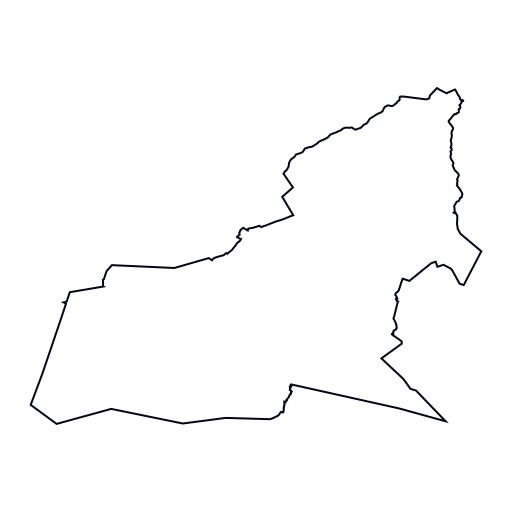 Bergeijk, Noord-Brabant, Netherlands
{"feature_id": "6326949B35085344325863", "entity_name": "Bergeijk", "entity_type": "district", "adm_level": 2, "iso_a3": "NLD", "parent_name": "Netherlands", "parent_adm1": "Noord-Brabant", "projection": "equal_earth", "projection_center": [5.381, 51.323], "detail": "fine", "context": "isolated", "style": "outline", "palette": "ink", "viewbox_px": 512, "rotation_deg": 0, "n_neighbors": 0, "source": "geoboundaries", "source_scale": "gbopen_adm2", "svg_char_len": 5956}
<svg xmlns="http://www.w3.org/2000/svg" viewBox="0 0 512 512"><path d="M112.0,265.1L111.1,266.0L106.6,271.1L103.9,279.1L102.9,279.8L103.1,285.8L103.1,286.3L103.4,286.5L69.8,292.2L66.7,301.5L63.6,302.4L66.0,303.6L60.2,321.1L42.4,373.6L30.7,404.9L56.6,423.9L111.2,408.9L182.8,423.5L225.6,417.9L270.2,419.2L273.7,417.8L278.1,415.6L278.6,415.2L280.9,411.9L282.8,412.5L283.4,412.0L283.5,411.5L283.4,410.9L283.7,410.2L283.8,409.7L283.7,409.5L283.8,409.1L283.7,408.8L283.8,408.6L283.7,408.2L283.7,407.6L283.8,407.2L284.0,407.1L284.2,405.9L284.3,405.6L284.2,405.5L284.3,405.3L284.5,404.8L284.6,404.1L284.3,403.9L284.5,403.6L284.4,403.4L284.2,401.5L284.4,401.5L284.6,401.7L284.9,401.8L285.3,401.9L285.2,401.6L285.7,401.4L286.8,400.4L286.7,400.3L286.4,400.3L286.4,400.1L286.6,400.0L286.8,399.6L287.6,398.5L288.5,397.5L289.1,396.5L289.3,395.6L290.1,394.3L290.4,394.1L290.7,394.2L290.8,394.1L290.7,393.8L291.1,393.1L291.0,392.7L291.0,392.3L291.6,391.7L291.2,391.5L291.1,391.2L290.9,390.8L290.9,390.6L290.2,390.3L289.9,390.0L290.0,389.8L289.8,389.3L289.8,389.2L290.4,387.8L290.2,387.8L290.1,387.7L290.4,387.3L290.3,387.0L289.9,386.9L289.8,387.1L289.7,386.9L289.8,386.7L290.1,386.5L290.4,386.6L290.3,386.3L290.9,386.1L290.6,385.8L291.0,385.3L290.8,385.2L290.7,384.9L290.9,384.7L291.1,384.4L399.4,408.5L445.6,421.3L416.1,390.6L410.2,388.7L409.8,387.9L403.5,379.1L381.4,358.4L401.8,343.6L401.7,341.5L401.5,341.3L401.1,340.9L394.9,336.5L394.4,336.4L391.9,334.4L392.1,333.7L392.3,333.6L393.1,333.8L392.9,333.3L393.4,332.6L393.4,332.4L393.2,332.2L393.6,330.8L393.8,330.5L394.7,330.2L395.7,329.6L395.8,329.2L396.6,328.5L396.7,328.1L396.5,327.9L396.6,325.6L396.5,325.2L396.2,324.8L396.0,324.5L396.0,323.4L395.3,322.1L394.5,320.4L393.6,318.9L393.5,318.5L394.4,315.5L395.4,311.5L395.4,311.1L395.8,309.9L397.7,302.0L397.8,301.7L398.0,301.5L396.5,300.5L396.0,298.7L396.4,298.5L397.1,298.8L397.3,298.7L397.1,298.0L396.7,297.3L396.6,296.8L396.4,296.5L396.3,296.2L395.4,295.1L395.3,294.5L395.3,294.1L395.9,293.2L398.2,291.1L398.9,290.0L399.0,289.7L399.0,289.2L399.7,287.7L400.3,285.4L400.6,284.8L401.0,283.1L401.6,281.6L401.9,281.0L402.3,279.5L402.6,279.3L402.8,278.7L409.4,280.9L431.2,263.2L435.7,261.7L437.4,266.8L443.5,264.8L450.8,268.6L452.3,270.4L459.6,283.7L463.7,285.1L481.3,251.3L460.4,233.7L457.7,228.7L457.0,223.7L457.2,220.4L457.3,215.8L455.3,212.3L454.9,212.8L454.3,213.1L454.0,213.1L453.7,212.7L454.3,212.4L454.7,212.0L454.5,208.5L454.4,207.4L454.2,207.0L454.1,206.6L454.5,205.5L456.5,202.0L456.8,201.7L458.4,201.2L459.4,199.9L459.8,199.1L459.8,198.3L460.0,197.9L460.3,197.8L461.3,197.6L461.6,197.3L461.9,196.7L461.8,196.3L462.3,194.5L462.4,193.9L462.3,193.5L460.9,191.0L458.8,187.8L457.0,185.6L456.9,185.4L456.9,185.2L457.3,184.6L457.3,183.9L457.0,183.2L457.4,181.9L457.6,180.7L457.5,180.3L457.0,179.6L458.7,175.6L458.8,175.1L458.7,174.5L458.3,173.8L456.6,171.9L455.5,171.0L454.5,169.7L453.0,166.2L452.7,165.4L452.7,165.0L453.5,163.4L453.4,163.1L453.2,162.6L452.9,161.8L451.3,159.4L450.9,158.5L450.5,157.6L450.6,157.3L450.5,155.6L450.9,154.8L451.1,153.8L450.9,153.2L450.8,152.2L450.6,151.6L450.5,151.4L450.8,150.8L451.6,150.3L451.7,148.9L451.5,148.5L450.8,148.0L450.6,147.6L450.6,147.4L450.7,147.1L451.2,146.6L451.3,146.2L451.2,145.3L451.4,143.9L451.4,143.0L450.9,141.7L450.8,139.7L451.2,139.0L451.7,137.4L451.7,136.4L451.9,134.9L451.5,134.1L451.6,132.1L451.8,131.6L452.1,130.7L452.5,130.2L452.8,129.5L453.2,128.5L453.2,128.1L451.5,125.4L450.9,124.6L450.2,124.0L449.5,123.0L448.8,121.8L448.6,121.3L448.9,120.6L450.9,118.4L451.6,117.4L452.7,116.0L453.6,115.2L454.0,114.4L454.8,114.1L455.8,114.3L456.4,113.4L457.4,113.0L458.0,112.9L458.7,112.3L458.9,111.7L458.7,110.5L458.7,109.4L459.0,109.0L459.3,108.8L460.0,108.6L460.3,107.9L460.3,106.7L460.2,106.2L459.5,105.6L459.4,105.4L459.4,105.2L459.5,105.0L460.0,104.8L460.3,104.4L461.6,102.4L461.6,102.2L461.4,101.7L461.4,101.1L461.6,101.0L462.7,101.1L463.2,100.8L463.2,100.6L462.8,100.3L461.5,100.1L460.9,99.8L460.1,99.1L459.9,97.9L459.7,97.5L458.9,95.9L458.2,95.2L457.8,94.5L457.4,93.8L457.0,92.8L456.3,91.7L456.3,91.4L455.0,89.5L447.4,92.8L446.8,93.3L443.1,91.6L441.8,90.7L440.5,90.3L437.0,88.1L430.0,95.4L429.4,97.8L429.0,98.5L426.3,99.4L408.8,97.2L404.0,96.6L402.1,96.5L401.9,96.7L401.6,96.7L400.3,96.5L399.9,97.0L399.6,97.4L399.6,99.8L399.4,100.3L397.8,101.3L397.4,101.8L396.6,102.9L396.3,103.3L396.0,103.4L393.5,105.4L392.6,105.9L392.1,106.0L390.9,106.0L389.6,105.7L388.9,105.4L388.3,105.4L387.4,105.6L384.9,106.9L384.4,107.5L384.0,108.1L382.8,110.8L381.9,111.8L381.1,112.3L377.0,114.2L370.1,118.5L369.6,119.0L369.4,119.3L367.6,122.3L367.2,122.9L366.3,123.6L364.0,124.6L361.0,127.6L360.6,127.9L355.9,129.5L355.0,129.6L354.5,129.4L352.2,127.7L351.6,127.5L349.2,127.8L346.2,127.6L343.9,128.1L342.4,128.9L341.6,129.8L341.0,130.2L339.7,130.7L336.5,132.2L331.5,134.1L330.5,134.5L327.6,137.6L324.7,139.1L320.1,141.1L318.6,142.0L317.2,143.5L312.2,146.6L311.5,146.8L310.3,146.9L307.3,147.7L304.8,148.6L304.6,148.9L303.9,150.2L303.1,151.5L302.7,151.9L301.5,152.6L300.8,153.0L296.0,154.5L295.7,154.7L295.1,156.1L294.7,156.5L292.8,158.2L291.5,159.0L291.1,159.3L290.0,160.9L289.0,163.1L288.9,164.0L288.8,165.3L288.5,166.7L288.1,167.5L286.8,169.8L286.3,170.4L284.8,171.5L284.4,172.1L284.3,172.8L284.1,173.1L283.5,173.7L291.1,184.8L293.0,187.4L282.2,196.8L293.3,215.3L291.3,215.9L288.5,217.1L281.3,219.9L279.7,220.4L276.2,221.4L266.0,225.4L261.0,227.1L259.6,225.8L252.8,227.8L248.3,228.6L247.8,230.5L243.2,227.8L240.9,229.7L240.0,231.0L239.9,231.2L239.9,231.6L239.8,231.9L239.2,233.2L239.7,234.2L239.5,234.9L238.8,235.3L237.0,236.9L238.1,237.7L239.7,238.5L241.0,239.0L240.8,239.5L240.2,240.4L239.1,241.6L238.2,242.1L236.9,243.3L236.0,244.9L233.6,247.8L232.1,249.8L231.6,250.3L229.6,251.8L227.3,253.8L226.2,253.0L223.7,255.2L221.8,255.7L219.4,256.3L218.1,256.8L217.7,256.8L215.5,257.5L214.0,258.2L212.9,259.0L212.6,259.3L212.0,260.3L208.7,258.1L174.3,268.0L113.0,265.2L112.0,265.1Z" fill="none" stroke="#020617" stroke-width="2"/></svg>